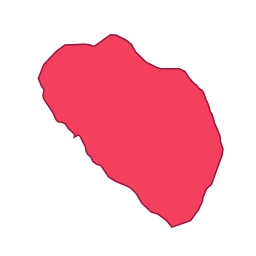 Mbandaka, Équateur, Democratic Republic of the Congo, rotated 281°
{"feature_id": "63176286B82661241826895", "entity_name": "Mbandaka", "entity_type": "district", "adm_level": 2, "iso_a3": "COD", "parent_name": "Democratic Republic of the Congo", "parent_adm1": "Équateur", "projection": "mercator", "projection_center": [18.267, -0.084], "detail": "fine", "context": "isolated", "style": "filled", "palette": "rose", "viewbox_px": 256, "rotation_deg": 281, "n_neighbors": 0, "source": "geoboundaries", "source_scale": "gbopen_adm2", "svg_char_len": 1461}
<svg xmlns="http://www.w3.org/2000/svg" viewBox="0 0 256 256"><g transform="rotate(281 128 128)"><path d="M216.9,98.7L216.3,94.2L216.2,93.1L211.2,88.2L207.8,85.1L201.6,79.3L202.4,73.5L202.0,70.1L201.9,69.0L198.5,54.8L197.5,50.3L189.8,43.2L174.4,33.3L163.5,31.3L159.6,30.5L157.8,31.7L152.9,34.9L149.6,38.3L143.9,38.3L140.8,39.5L138.1,42.1L128.2,51.9L122.3,55.9L121.4,57.2L120.7,58.4L121.1,61.9L121.1,62.0L120.2,65.5L119.0,66.7L116.1,69.6L111.5,76.9L108.7,76.9L111.6,80.6L111.0,82.3L109.6,83.4L108.9,83.9L107.3,85.1L107.1,85.3L101.2,89.9L98.3,90.9L97.0,91.4L94.5,93.5L93.4,95.4L92.3,97.2L91.8,97.5L88.6,99.8L86.5,103.7L86.0,108.6L76.1,118.4L73.1,126.8L70.3,140.6L68.5,143.9L65.1,148.7L56.7,156.1L50.0,166.9L49.8,168.4L49.2,174.0L44.7,183.0L44.6,183.3L39.3,189.8L39.1,190.0L49.1,207.1L51.5,208.2L60.9,212.7L68.5,214.6L70.6,215.2L73.7,214.7L83.5,216.8L88.4,220.6L93.0,221.4L102.2,222.8L119.0,225.5L125.1,225.3L125.5,225.3L131.7,221.6L133.3,221.2L135.8,220.5L139.4,218.8L141.1,217.5L143.4,216.2L145.1,215.0L148.3,212.6L157.3,208.0L159.9,205.5L164.1,203.6L167.3,201.7L170.6,199.2L173.2,197.8L176.6,195.7L178.9,193.7L180.4,190.2L183.2,186.8L184.4,184.0L186.0,182.0L189.6,177.6L190.5,176.8L190.7,176.6L193.9,173.6L194.1,173.4L194.3,173.2L194.9,171.1L195.9,167.1L194.1,157.7L192.4,149.0L192.9,144.8L196.1,133.0L204.3,120.8L210.8,115.3L213.3,110.5L214.1,108.9L214.4,107.9L215.2,104.7L215.3,104.4L216.9,98.7Z" fill="#f43f5e" stroke="#9f1239" stroke-width="1.5"/></g></svg>